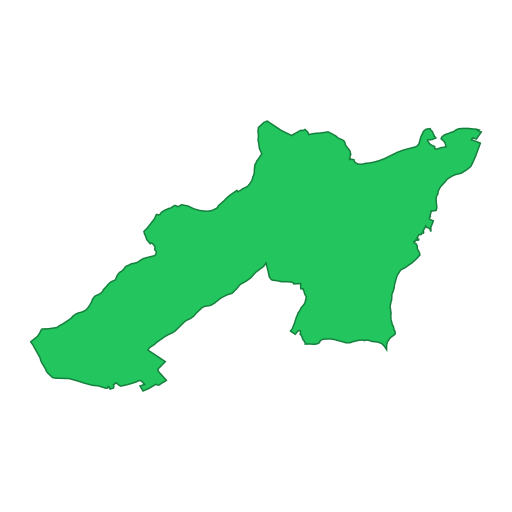 Atintis, Mures, Romania
{"feature_id": "2599482B68806585606187", "entity_name": "Atintis", "entity_type": "district", "adm_level": 2, "iso_a3": "ROU", "parent_name": "Romania", "parent_adm1": "Mures", "projection": "robinson", "projection_center": [24.081, 46.406], "detail": "fine", "context": "isolated", "style": "filled", "palette": "green", "viewbox_px": 512, "rotation_deg": 0, "n_neighbors": 0, "source": "geoboundaries", "source_scale": "gbopen_adm2", "svg_char_len": 6082}
<svg xmlns="http://www.w3.org/2000/svg" viewBox="0 0 512 512"><path d="M143.0,391.0L148.6,388.6L155.9,384.3L157.2,385.0L159.2,385.0L161.2,383.5L165.2,381.2L166.4,380.3L158.8,371.9L157.7,369.4L165.3,361.6L147.8,350.0L149.8,347.5L154.6,344.3L156.1,342.8L164.4,336.9L168.0,334.8L172.4,332.8L175.0,331.1L184.7,321.6L186.4,320.4L190.1,318.7L193.6,316.3L196.1,313.3L202.4,307.4L205.3,306.2L209.7,305.6L211.7,304.8L214.8,302.9L219.8,298.8L222.9,296.9L227.0,294.9L232.1,293.3L237.2,288.2L239.4,285.3L241.1,283.9L242.9,283.0L246.5,280.9L250.7,277.9L255.6,272.4L263.7,266.3L266.0,263.0L268.1,271.2L269.3,276.9L270.7,278.9L272.1,280.1L277.7,280.8L281.3,281.7L286.7,281.7L291.7,282.1L292.3,282.3L293.6,283.4L293.7,283.9L300.7,283.6L300.6,286.3L300.8,288.8L302.9,288.7L302.9,289.3L304.0,291.2L304.3,292.7L305.0,294.5L306.3,296.9L306.2,297.7L304.9,302.9L303.9,304.5L301.1,307.8L299.7,310.8L298.1,312.9L297.1,315.7L296.6,316.5L294.4,323.4L292.2,329.0L290.4,331.0L292.1,332.2L295.3,334.3L297.3,331.7L298.2,331.0L298.8,330.6L300.0,330.6L300.4,331.3L300.5,332.2L300.5,333.0L300.1,333.8L300.2,334.4L300.8,334.7L302.2,337.2L302.3,338.1L303.0,339.6L303.5,340.1L305.2,342.8L305.2,344.1L309.8,344.0L314.3,344.3L316.9,343.9L319.1,342.9L320.5,340.6L321.3,340.0L322.4,339.5L324.5,339.1L330.6,338.9L335.1,339.7L338.3,340.7L339.7,340.9L346.0,342.8L350.2,342.7L353.2,341.6L359.2,340.2L361.0,340.1L363.8,340.2L364.4,340.7L365.5,340.1L366.9,340.1L369.1,340.4L371.7,341.4L377.3,342.0L381.3,343.3L383.1,344.8L384.9,347.0L386.6,349.6L386.6,345.2L387.3,342.1L390.3,337.8L395.1,334.2L395.2,332.8L395.0,331.4L394.0,329.3L393.4,326.6L392.1,324.0L391.7,321.8L391.0,320.0L390.8,315.2L391.1,313.6L390.1,306.3L391.1,301.5L391.6,300.2L391.9,294.4L393.0,291.7L394.2,287.7L394.5,284.7L396.7,276.7L398.0,274.1L400.7,270.0L405.3,267.5L412.2,262.7L416.2,259.1L419.6,255.4L419.4,255.3L419.8,254.3L419.6,253.2L418.3,250.4L417.3,248.6L417.2,248.0L417.3,246.7L417.0,245.4L415.9,243.6L414.3,242.9L414.0,242.2L414.0,241.8L415.1,241.3L415.2,240.7L415.8,240.6L416.0,239.9L416.4,240.2L418.6,240.1L418.8,239.7L418.6,239.2L418.0,239.0L417.6,239.3L417.5,239.2L417.6,238.2L417.2,238.3L416.9,237.8L419.2,234.4L420.6,234.7L421.4,234.4L421.8,233.3L422.3,233.0L423.3,233.2L423.5,233.0L423.7,232.6L423.5,231.4L423.0,231.0L424.2,229.0L425.8,226.0L426.2,226.9L426.8,227.4L428.3,227.8L429.4,228.5L430.0,229.3L430.6,230.5L430.5,230.9L430.8,231.0L431.0,230.2L430.8,228.5L430.9,227.0L432.9,222.3L433.3,220.8L430.3,219.6L429.3,218.4L429.8,216.9L430.3,216.7L430.3,216.3L430.0,215.6L430.3,214.7L431.4,210.8L432.9,211.0L433.0,210.8L435.1,210.7L436.0,210.5L436.3,210.1L436.8,207.7L436.7,205.5L436.2,202.0L436.1,197.8L437.1,195.1L438.0,193.7L438.0,191.8L438.4,190.7L440.4,186.9L444.5,182.5L447.1,179.3L450.8,176.8L452.7,175.8L456.0,174.4L459.8,173.6L461.7,173.0L466.8,169.7L469.9,167.2L471.0,166.1L472.9,162.3L475.7,155.9L480.4,143.1L471.4,139.7L472.8,137.8L476.3,139.1L481.3,132.0L477.9,130.7L479.0,129.9L475.4,129.0L474.0,129.1L468.4,128.4L462.6,128.4L458.7,128.8L456.1,129.8L453.4,131.8L451.9,132.0L448.5,133.5L446.0,134.2L443.5,135.5L441.6,137.3L441.1,138.8L443.5,140.8L445.2,143.2L446.0,146.9L440.7,147.7L436.2,149.3L436.0,149.0L434.9,148.6L434.6,148.2L434.7,146.7L434.6,146.4L432.0,145.4L430.2,144.3L428.4,142.1L427.7,140.9L427.8,139.6L429.6,139.9L432.7,139.4L433.9,138.6L435.7,138.3L435.8,138.0L435.7,137.5L434.3,136.4L434.1,135.3L432.9,133.2L432.5,131.7L431.0,130.3L430.1,128.6L426.1,129.2L423.9,130.9L423.2,131.9L420.9,136.8L419.0,143.6L417.4,145.8L416.0,146.7L403.3,150.1L397.6,152.2L384.3,158.7L379.0,160.7L373.7,162.2L368.8,163.1L365.5,163.3L363.6,163.9L360.6,164.3L357.5,163.9L355.9,162.9L354.9,162.1L354.1,161.0L354.1,159.8L350.6,159.0L349.9,159.7L349.5,159.3L349.3,159.1L350.2,156.6L350.2,155.3L350.8,154.5L349.9,150.8L345.6,145.3L344.7,142.1L343.8,140.8L342.2,139.8L338.2,138.1L335.9,136.0L328.7,132.1L328.0,131.9L318.3,133.3L318.0,133.1L312.9,133.7L308.7,134.6L308.3,133.2L307.8,132.2L305.0,129.4L302.9,130.7L301.8,130.3L300.8,130.3L292.3,135.0L291.8,135.6L281.2,130.4L270.9,123.5L267.0,121.0L265.8,121.8L263.9,122.4L258.8,127.1L258.4,127.7L258.1,130.4L257.9,130.8L258.3,133.8L258.4,137.8L258.0,140.0L258.8,143.8L259.4,148.5L261.7,153.6L261.6,154.1L258.3,159.0L256.6,161.2L256.1,162.7L254.9,164.8L254.3,170.1L254.3,172.8L253.5,175.6L252.7,177.2L252.7,177.8L252.2,179.5L251.6,181.0L249.5,184.1L247.7,186.2L245.7,187.4L242.9,188.6L240.7,190.3L238.0,191.7L236.9,190.4L229.8,195.3L226.8,197.9L223.9,200.9L218.4,205.7L217.5,207.5L216.1,208.5L212.5,210.3L211.2,210.7L207.7,211.2L203.6,211.0L199.8,210.5L194.3,209.0L188.0,206.0L181.3,204.7L180.0,205.8L177.7,206.7L175.8,205.6L174.5,205.5L170.1,208.4L169.1,208.3L164.6,210.3L161.5,212.2L159.7,214.8L158.5,214.9L156.7,214.4L156.3,214.6L154.6,218.6L147.3,228.0L143.9,231.5L144.6,234.2L145.7,236.4L146.6,239.2L147.1,240.0L150.2,243.8L151.2,243.0L152.0,243.2L153.1,244.2L154.9,246.5L155.0,247.9L154.7,249.0L154.7,249.7L155.7,250.8L156.3,251.9L156.1,253.4L155.4,255.1L153.7,255.9L146.4,257.7L143.0,258.7L141.0,259.9L137.4,262.4L133.2,263.5L131.4,263.7L130.0,264.6L126.0,266.3L125.1,267.2L124.0,268.9L121.4,271.5L120.2,271.9L118.7,273.4L117.2,275.4L115.8,278.9L115.3,279.9L110.9,281.9L108.4,284.1L105.7,287.3L103.6,289.5L103.2,290.0L102.8,291.3L101.2,292.9L99.2,294.2L95.3,295.9L94.5,296.6L92.5,299.2L91.4,302.3L89.6,305.4L87.7,308.1L85.7,310.2L82.1,312.0L78.1,313.0L75.6,314.2L73.1,316.0L70.8,318.5L70.0,319.1L62.2,324.3L60.1,325.3L56.7,327.6L48.1,328.8L42.1,329.0L41.2,330.0L39.0,334.3L37.1,336.7L30.7,341.8L33.2,345.4L38.7,355.4L40.4,358.5L40.5,359.9L41.5,362.2L45.5,369.0L46.3,371.0L47.7,373.0L52.6,377.6L55.1,378.1L69.3,378.6L77.4,380.9L83.9,383.0L92.3,385.3L98.6,385.9L105.3,388.1L106.4,388.2L107.3,388.1L107.7,387.9L107.5,387.2L108.5,386.5L108.8,386.7L110.1,389.1L113.5,388.0L113.9,386.4L113.4,384.6L115.3,383.6L115.6,382.8L116.5,383.1L118.9,385.1L120.7,386.1L124.3,385.4L130.8,383.7L136.4,381.9L138.5,380.7L140.7,380.7L141.9,381.2L142.4,382.1L144.0,383.6L144.0,383.9L144.6,384.5L144.2,384.8L143.1,384.8L141.5,385.5L140.0,385.9L143.0,391.0Z" fill="#22c55e" stroke="#15803d" stroke-width="1.5"/></svg>